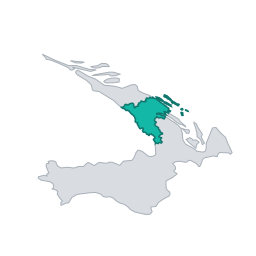 Zadarska on a map of Croatia (Equal Earth projection), rotated 169°
{"feature_id": "HRV-1493", "entity_name": "Zadarska", "entity_type": "County", "adm_level": 1, "iso_a3": "HRV", "parent_name": "Croatia", "parent_adm1": "", "projection": "equal_earth", "projection_center": [15.553, 44.407], "detail": "fine", "context": "in_parent", "style": "filled", "palette": "teal", "viewbox_px": 256, "rotation_deg": 169, "n_neighbors": 0, "source": "natural_earth", "source_scale": "10m", "svg_char_len": 9031}
<svg xmlns="http://www.w3.org/2000/svg" viewBox="0 0 256 256"><g transform="rotate(169 128 128)"><path d="M32.5,82.6L33.8,84.3L42.5,86.4L44.3,85.5L45.5,84.1L45.5,83.2L46.3,82.9L49.3,84.3L58.7,84.1L60.6,83.1L64.2,77.1L65.4,76.6L66.1,76.8L66.7,78.6L68.0,80.3L72.7,84.2L74.5,84.7L76.3,83.6L78.1,83.3L83.2,85.4L87.6,85.8L90.8,84.7L89.2,81.5L89.0,79.9L89.2,78.5L91.4,77.1L91.3,76.5L88.6,74.0L88.8,73.4L94.6,70.6L100.2,69.0L101.2,67.8L101.9,62.6L101.6,59.9L99.3,57.3L99.2,56.0L99.7,54.6L100.6,53.4L105.5,52.0L112.6,49.0L114.8,46.2L116.1,45.7L120.1,46.1L120.9,45.4L120.3,41.4L121.0,40.4L123.1,39.2L126.6,39.7L129.5,40.7L137.2,44.2L141.2,47.5L143.5,51.1L146.6,54.0L150.5,56.0L153.5,58.7L155.8,62.1L159.0,64.0L163.1,64.4L165.6,65.6L166.7,67.6L169.0,69.3L172.3,70.9L177.5,71.7L190.5,72.5L196.3,70.6L200.6,65.9L202.4,66.2L208.5,64.9L208.1,67.7L206.3,69.0L208.2,71.9L210.1,76.6L209.1,79.0L210.4,80.8L214.1,82.7L213.0,83.2L212.2,84.8L212.2,87.6L215.2,90.3L223.1,93.3L225.4,95.6L225.5,96.7L225.1,97.3L219.0,97.6L216.7,96.3L216.5,98.3L214.3,98.9L215.7,105.9L215.2,107.9L214.4,108.6L212.7,108.3L212.3,108.9L212.7,110.4L210.5,110.6L207.0,109.8L205.4,108.5L205.0,105.8L203.9,103.6L201.1,101.5L195.3,101.1L188.5,99.0L183.6,99.7L178.9,98.7L174.9,101.5L172.9,101.4L168.8,98.0L167.6,97.8L164.0,99.5L162.6,99.6L156.6,97.7L154.5,97.5L152.9,98.1L150.0,97.4L143.1,92.9L138.9,96.3L130.3,95.5L127.7,97.8L124.8,102.3L122.5,104.4L120.4,103.6L117.9,101.7L113.6,96.6L111.5,95.7L109.0,95.5L106.8,96.1L105.7,97.1L104.0,111.0L104.0,114.9L108.8,118.5L114.4,124.8L116.2,125.5L117.1,127.5L120.0,138.7L122.8,142.7L132.6,151.9L136.8,157.7L149.3,169.2L154.8,171.2L155.7,172.3L155.7,176.7L156.4,178.4L160.1,183.1L167.6,189.9L168.5,191.5L168.8,192.7L168.3,193.6L166.3,194.5L157.7,186.8L150.9,182.5L143.2,174.6L133.0,171.5L126.1,168.0L117.3,169.6L114.4,169.6L112.4,169.0L110.9,166.9L110.9,163.0L106.8,159.6L101.3,156.3L96.1,152.0L85.6,140.6L83.5,136.9L88.9,135.5L95.1,136.3L88.4,131.4L78.8,121.9L76.0,117.4L75.7,112.6L76.4,106.0L74.7,101.3L67.3,95.2L64.7,92.0L59.2,90.1L56.8,90.3L55.3,92.6L54.2,97.9L45.1,111.9L41.6,111.8L37.8,105.2L34.0,100.1L33.2,94.8L30.5,84.1L32.5,82.6ZM195.3,211.2L195.4,212.8L198.1,216.8L185.9,207.9L174.5,200.7L166.4,199.0L155.3,193.2L148.1,191.1L154.0,190.7L171.1,198.4L169.1,196.3L171.6,195.5L173.7,196.1L175.0,198.6L184.6,205.4L190.8,209.4L195.3,211.2ZM62.4,119.5L62.2,121.1L60.1,119.0L59.2,115.2L56.7,109.1L56.3,107.4L57.7,105.7L57.6,103.9L55.8,98.6L57.4,97.7L58.2,97.6L58.6,101.3L59.4,103.4L61.8,106.1L61.3,110.4L61.8,116.6L62.4,119.5ZM73.2,105.8L69.1,106.7L67.2,105.1L66.7,103.7L63.3,103.3L60.9,100.5L63.8,98.5L65.3,95.1L70.9,102.0L73.2,105.8ZM139.3,179.9L134.0,180.0L129.4,179.2L127.1,177.9L128.0,174.8L133.1,175.1L140.9,176.4L142.9,178.0L142.3,178.7L139.3,179.9ZM153.1,186.3L150.7,186.7L135.8,186.4L131.4,185.5L125.6,182.4L130.4,181.7L135.0,182.4L136.4,184.1L153.1,186.3ZM85.7,133.5L84.9,134.6L76.5,127.0L75.6,124.4L71.5,119.3L70.9,117.8L74.6,121.3L76.1,121.6L79.7,124.9L83.2,129.2L87.4,132.9L85.7,133.5ZM134.8,191.9L141.1,193.2L145.6,192.6L149.8,193.4L153.0,195.4L145.9,195.0L141.6,196.4L137.8,195.6L136.4,194.7L135.4,193.6L134.8,191.9ZM85.7,151.5L86.1,152.5L83.9,152.1L75.8,142.6L74.9,140.8L77.8,143.0L85.7,151.5ZM71.3,111.5L74.7,117.1L71.6,115.4L68.8,114.7L68.2,113.4L69.2,111.3L71.3,111.5ZM167.2,202.0L171.8,205.0L158.3,201.0L161.2,200.6L167.2,202.0ZM91.8,149.2L94.0,152.5L91.9,151.8L89.7,149.8L88.4,147.6L91.8,149.2ZM87.1,145.4L87.6,146.9L83.5,144.0L81.6,141.2L87.1,145.4Z" fill="#d9dde1" stroke="#a8b0b8" stroke-width="1"/><path d="M103.9,107.6L103.8,107.9L103.9,109.0L104.4,109.9L104.9,110.7L105.2,111.5L105.1,112.2L104.5,112.5L103.8,112.7L103.3,113.3L103.3,114.0L103.7,114.7L104.6,116.0L104.7,116.3L105.5,116.8L105.8,117.2L106.0,117.6L106.3,117.9L106.8,117.8L107.1,117.7L107.7,117.7L108.0,117.6L108.2,117.3L108.4,116.9L108.6,116.7L109.1,116.7L109.3,116.9L109.6,118.2L109.9,118.4L110.1,118.3L110.4,118.2L110.7,118.2L111.0,118.7L111.3,119.8L111.7,120.4L112.1,120.6L112.5,120.7L113.3,120.8L113.7,121.0L114.0,121.4L114.1,121.9L114.3,122.5L113.9,122.7L113.8,123.3L113.2,123.9L113.0,124.6L113.7,125.3L114.4,125.4L115.6,124.9L116.3,125.0L116.7,125.5L116.9,126.2L117.1,127.1L117.9,129.2L118.1,130.0L118.1,130.7L117.9,131.0L117.4,131.3L117.4,131.7L117.5,131.5L117.9,131.6L118.5,131.7L119.2,132.1L119.6,132.5L119.7,132.9L119.6,133.6L119.5,134.0L119.1,134.7L119.0,135.2L119.1,135.8L119.4,137.2L120.0,139.0L120.6,139.8L122.0,141.2L122.5,142.0L123.3,143.7L123.7,144.5L124.4,145.1L124.8,145.4L125.1,145.6L125.5,145.6L126.3,145.5L126.7,145.7L127.1,146.3L127.3,147.0L127.5,147.5L129.0,148.0L129.6,148.4L130.1,149.0L130.5,149.5L129.4,149.4L128.6,149.6L127.4,150.3L126.8,150.9L126.7,151.3L126.2,151.6L125.6,151.6L124.6,151.3L124.4,150.9L123.9,150.7L123.7,150.6L123.3,150.7L123.0,151.0L120.6,151.6L119.9,151.7L119.3,151.5L118.5,151.3L118.2,150.9L118.0,150.5L118.0,150.2L118.0,149.3L118.0,148.7L118.0,148.1L117.8,147.5L117.8,147.1L117.8,146.9L117.6,146.6L117.2,146.6L116.3,147.4L115.9,147.6L115.6,147.6L115.0,147.5L114.2,147.5L113.9,147.5L113.7,147.9L113.6,148.1L113.7,148.3L113.8,148.7L113.8,148.9L113.7,149.0L113.1,149.2L112.9,149.4L112.8,149.7L112.9,150.3L112.7,150.4L111.5,150.6L111.3,150.7L110.7,151.1L110.1,151.8L109.8,152.0L109.7,152.0L109.4,151.9L108.6,151.1L107.4,150.7L107.0,150.7L106.3,150.8L106.2,150.8L105.7,150.5L105.4,150.6L105.2,150.8L105.3,151.1L105.7,151.5L105.7,151.8L105.4,152.2L105.2,152.3L104.7,152.6L104.5,153.3L104.4,153.6L104.1,153.8L103.9,153.8L103.7,153.8L103.1,153.5L102.3,152.9L102.2,152.9L100.9,153.9L100.7,154.0L99.4,153.0L98.6,152.6L97.7,153.5L96.9,152.4L96.5,151.9L96.0,151.8L95.5,151.7L95.2,151.6L94.6,151.2L94.1,150.3L92.2,148.2L91.4,147.0L90.7,146.4L90.1,146.1L88.7,144.5L88.7,144.4L87.2,142.8L86.8,142.6L86.5,142.4L86.4,142.1L86.5,141.6L86.0,141.3L84.2,139.6L84.8,138.8L84.5,137.9L83.8,137.0L83.1,136.6L83.5,136.1L84.1,135.8L84.7,135.9L84.9,136.7L85.3,137.2L86.0,136.9L86.4,136.2L85.6,135.7L85.9,135.6L86.1,135.7L86.3,135.7L86.1,135.2L87.7,136.0L88.4,136.8L88.8,137.1L89.3,137.2L88.8,135.7L89.1,135.6L89.3,135.5L89.5,135.1L89.1,135.0L88.7,134.6L88.4,134.2L88.1,133.6L88.8,133.9L89.7,134.6L90.7,135.0L93.1,136.2L93.6,136.4L96.2,136.8L97.0,136.8L97.1,136.3L96.6,136.0L94.4,135.7L94.2,135.5L93.2,134.3L93.0,134.2L89.7,132.7L89.2,132.2L90.0,130.7L90.4,130.2L90.7,130.1L90.9,130.1L91.2,130.2L91.6,130.4L92.3,131.0L92.8,131.6L93.1,131.8L96.2,132.1L96.5,132.5L97.6,133.7L97.9,133.0L98.3,132.8L98.7,132.8L99.1,132.6L99.4,132.3L100.0,131.6L100.3,131.1L100.5,130.6L100.6,130.2L100.6,129.9L100.2,129.5L100.1,129.4L100.1,129.1L99.4,128.6L99.2,128.5L99.2,128.2L99.3,128.0L99.5,127.8L101.2,126.6L100.7,125.2L100.2,124.6L98.2,122.8L98.1,122.6L98.0,122.4L98.2,122.1L98.3,122.0L98.0,120.7L97.8,120.5L97.3,120.0L97.2,119.7L97.2,118.9L97.0,118.2L96.9,117.8L96.7,117.5L95.9,117.0L95.7,116.8L95.3,116.5L95.2,116.1L95.2,115.7L95.3,115.5L95.5,115.5L96.7,115.5L97.0,115.5L97.2,115.4L97.6,115.1L98.0,114.9L98.3,114.7L99.2,114.1L99.4,113.9L99.5,113.6L99.5,113.4L99.3,113.2L98.8,113.1L98.6,113.0L98.2,112.8L97.7,112.5L97.2,112.2L96.9,111.8L97.0,111.7L97.7,111.3L98.1,110.9L98.3,110.0L98.2,109.4L97.4,108.3L97.3,108.1L97.2,107.9L97.3,107.7L97.5,107.4L97.9,107.0L98.1,106.9L98.4,107.0L99.1,107.3L99.8,107.8L100.0,107.9L100.7,107.6L101.3,107.0L101.6,107.1L102.4,107.5L102.9,107.7L103.1,107.8L103.6,107.8L103.9,107.6ZM84.2,150.3L86.6,151.9L86.7,152.4L85.9,152.6L84.2,151.4L83.8,151.5L84.0,151.7L84.2,152.1L85.1,152.7L85.2,152.8L85.5,153.0L85.8,153.0L86.0,153.0L86.0,153.4L85.9,153.6L85.5,153.4L85.2,153.1L83.9,152.3L83.4,151.9L82.9,151.3L81.6,149.4L80.8,148.5L79.5,145.8L78.8,145.2L77.9,144.8L75.1,142.0L75.0,141.5L74.8,141.1L74.4,140.4L74.6,140.4L74.8,140.4L75.5,141.2L77.4,142.6L77.9,143.6L78.1,143.7L78.6,143.9L78.9,144.1L79.2,144.3L79.6,144.0L79.4,144.6L79.9,144.7L80.2,144.9L80.3,145.4L80.3,146.0L80.5,146.5L80.8,146.9L82.3,148.5L82.7,148.7L83.2,148.8L83.3,149.0L84.2,150.3ZM89.5,149.5L89.3,149.0L88.4,148.1L88.1,147.6L88.8,147.6L89.3,147.8L91.1,149.1L92.2,149.4L92.3,149.6L92.4,150.4L92.5,150.6L92.7,150.8L93.1,151.0L93.4,151.2L93.7,151.5L93.9,151.9L94.2,152.5L94.3,153.0L93.8,152.7L93.0,152.6L92.9,152.4L92.8,152.2L92.7,152.1L91.8,151.8L91.4,151.6L91.1,151.2L91.3,150.9L90.9,150.7L90.3,150.3L89.7,149.9L89.5,149.5ZM87.9,147.3L87.5,146.9L87.2,146.3L86.9,145.9L86.5,146.1L86.3,146.1L86.3,145.9L86.0,145.5L85.7,146.0L85.1,145.5L84.4,144.8L83.5,144.1L82.3,142.7L81.7,142.3L81.8,142.1L81.5,141.0L86.9,145.2L87.7,146.0L87.9,147.3ZM72.7,131.7L73.0,132.1L73.1,132.9L72.8,133.2L72.3,133.0L71.9,132.8L71.3,132.3L71.4,131.9L71.7,131.4L71.5,130.0L71.8,129.9L72.2,129.9L72.6,130.1L72.9,130.5L72.9,130.9L72.7,131.5L72.7,131.7ZM71.4,135.4L71.9,135.7L72.5,136.2L72.4,136.5L71.9,136.5L71.6,136.6L71.4,136.8L71.0,136.7L70.7,136.3L70.7,135.9L71.1,135.9L71.2,135.4L71.4,135.4ZM66.5,133.3L67.5,133.9L68.1,134.7L68.0,134.8L67.4,134.5L66.0,133.4L65.9,133.0L66.5,133.3ZM74.2,141.6L74.4,141.5L74.6,141.5L74.9,141.6L75.0,142.0L74.6,142.1L73.9,141.9L73.4,141.4L73.5,140.7L73.6,141.2L73.9,141.5L74.2,141.6Z" fill="#14b8a6" stroke="#0f766e" stroke-width="1.5"/></g></svg>